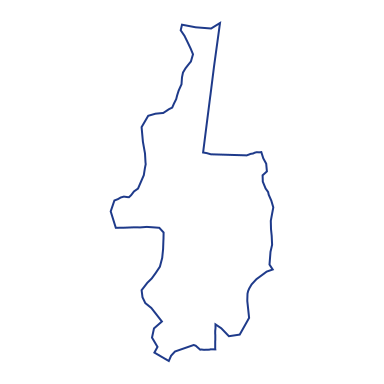 the district of Ogba/Egbema/Ndoni, Rivers, Nigeria
{"feature_id": "59680162B28887917480980", "entity_name": "Ogba/Egbema/Ndoni", "entity_type": "district", "adm_level": 2, "iso_a3": "NGA", "parent_name": "Nigeria", "parent_adm1": "Rivers", "projection": "natural_earth1", "projection_center": [6.63, 5.434], "detail": "fine", "context": "isolated", "style": "outline", "palette": "blue", "viewbox_px": 384, "rotation_deg": 0, "n_neighbors": 0, "source": "geoboundaries", "source_scale": "gbopen_adm2", "svg_char_len": 1854}
<svg xmlns="http://www.w3.org/2000/svg" viewBox="0 0 384 384"><path d="M228.9,336.2L239.7,334.6L245.0,325.2L249.1,317.9L247.3,301.1L247.3,299.8L247.5,293.7L248.1,291.1L249.2,288.5L251.6,284.4L256.4,279.2L266.7,271.6L272.7,269.5L269.5,264.6L270.5,251.8L272.1,244.8L271.7,235.9L271.0,229.1L270.8,220.8L272.2,213.2L273.3,207.4L271.3,200.6L268.7,194.7L268.1,192.0L265.6,188.5L263.8,184.1L262.8,181.7L262.6,175.3L266.9,171.4L266.2,163.7L263.3,158.4L261.3,152.1L259.8,152.3L258.5,152.3L256.7,152.2L254.7,152.7L253.1,153.5L250.5,153.9L249.1,154.5L246.6,155.4L244.6,155.3L210.9,154.3L206.7,153.1L203.1,152.5L206.0,129.6L210.1,97.4L210.5,94.5L214.1,65.9L218.3,35.4L220.0,23.0L211.1,28.5L195.7,27.3L182.0,24.7L180.7,30.3L184.6,36.0L184.8,36.5L185.9,38.7L187.9,42.8L190.7,48.7L193.0,54.3L190.9,61.5L188.3,64.7L185.5,68.3L183.0,72.5L182.0,77.3L181.5,84.3L179.5,88.7L178.7,90.5L177.1,95.5L176.2,99.1L174.0,103.5L172.2,107.6L169.1,109.1L163.2,113.0L161.7,113.1L155.5,113.7L148.2,115.8L141.6,127.1L141.7,128.4L142.9,141.7L145.0,153.5L145.5,162.4L145.7,164.2L144.9,168.2L143.8,175.2L142.2,178.9L138.0,188.6L134.0,191.4L131.1,195.2L129.0,197.2L127.4,197.1L123.9,196.6L120.7,197.5L118.0,199.1L114.4,200.5L110.7,211.4L115.8,227.8L124.4,227.7L134.5,227.3L140.3,227.4L146.8,226.9L154.1,227.4L159.3,227.8L163.6,232.5L163.5,238.6L163.4,240.6L163.1,249.0L162.2,257.9L159.9,266.7L155.7,273.0L151.7,278.5L147.4,282.7L141.6,290.2L142.5,297.3L145.3,303.1L151.0,307.7L151.2,307.8L161.9,321.5L154.0,328.4L152.0,337.6L157.5,346.9L154.4,352.6L161.6,356.8L168.8,361.0L171.1,355.7L175.0,351.5L193.7,345.0L195.7,345.7L200.2,349.7L201.3,349.5L203.8,349.8L208.5,349.7L209.7,349.6L210.6,349.3L215.3,349.4L215.2,348.7L215.2,346.9L215.2,340.9L215.3,340.3L215.3,334.7L215.2,334.0L215.2,330.9L215.5,328.2L215.5,324.4L221.3,328.3L228.9,336.2Z" fill="none" stroke="#1e3a8a" stroke-width="2"/></svg>